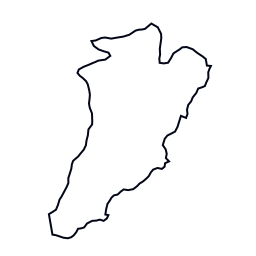 Cubatão, São Paulo, Brazil, rotated 171°
{"feature_id": "56859067B74621499871087", "entity_name": "Cubatão", "entity_type": "district", "adm_level": 2, "iso_a3": "BRA", "parent_name": "Brazil", "parent_adm1": "São Paulo", "projection": "natural_earth1", "projection_center": [-46.406, -23.861], "detail": "fine", "context": "isolated", "style": "outline", "palette": "ink", "viewbox_px": 256, "rotation_deg": 171, "n_neighbors": 0, "source": "geoboundaries", "source_scale": "gbopen_adm2", "svg_char_len": 1833}
<svg xmlns="http://www.w3.org/2000/svg" viewBox="0 0 256 256"><g transform="rotate(171 128 128)"><path d="M219.6,55.3L219.3,34.5L216.2,33.5L213.2,32.0L209.1,29.8L204.6,28.5L201.2,29.0L198.5,30.4L195.5,33.1L193.1,36.3L189.9,36.2L186.8,36.7L183.4,40.1L177.9,41.9L173.8,41.5L170.1,41.9L166.6,40.1L163.0,42.0L161.0,45.0L163.9,46.1L162.2,51.4L160.1,56.3L157.3,59.2L155.1,61.9L152.3,63.7L148.6,63.9L145.0,66.4L141.9,68.0L137.5,66.6L132.4,66.8L128.3,69.0L125.3,71.3L121.5,72.9L118.1,75.0L115.1,77.1L112.2,80.8L109.6,83.0L105.1,83.9L100.9,82.3L97.9,84.1L96.9,87.4L92.7,88.6L95.3,92.4L93.8,96.4L94.1,100.9L96.3,105.7L93.4,111.6L90.3,114.4L86.2,115.7L82.1,117.1L78.9,121.4L76.8,125.7L73.8,131.7L69.1,128.9L67.0,132.6L66.9,136.7L64.9,141.4L61.5,144.4L59.3,148.1L55.1,151.9L52.5,156.0L48.7,156.6L45.5,157.4L43.6,160.7L40.8,164.8L40.0,170.5L38.4,173.5L36.4,176.3L40.3,177.3L40.4,184.0L43.3,187.2L47.8,191.3L51.8,195.7L57.4,198.8L61.8,199.2L64.6,197.6L68.0,196.1L71.4,194.6L74.6,190.3L78.2,186.2L82.5,186.2L86.5,187.4L86.2,191.7L84.8,195.5L84.2,201.2L81.1,211.4L80.6,215.8L82.8,222.8L88.6,227.5L92.8,225.0L95.8,223.2L98.9,223.1L102.0,223.4L105.4,223.0L112.1,219.9L118.3,219.0L125.5,219.0L130.6,218.9L136.3,220.9L140.1,221.1L146.4,219.5L150.5,219.6L148.9,214.4L144.8,210.2L139.6,207.4L135.5,205.5L134.2,202.0L139.8,199.1L146.9,199.2L149.9,198.3L153.1,197.6L156.8,196.6L162.2,195.4L167.4,193.5L169.3,190.3L167.5,187.2L164.8,184.4L162.1,180.8L160.9,177.4L160.4,171.2L160.4,167.0L161.4,162.8L162.7,158.3L162.6,153.9L161.3,148.1L162.2,140.6L162.9,137.1L167.3,132.8L168.8,127.0L170.8,122.5L172.4,117.3L175.2,113.4L178.8,110.3L181.6,107.7L187.3,104.2L189.1,100.9L190.3,96.8L192.5,92.3L194.8,87.8L195.5,83.0L197.9,79.2L201.7,74.2L204.5,70.5L206.8,68.0L209.3,62.8L211.9,58.6L215.1,57.1L219.6,55.3Z" fill="none" stroke="#020617" stroke-width="2"/></g></svg>